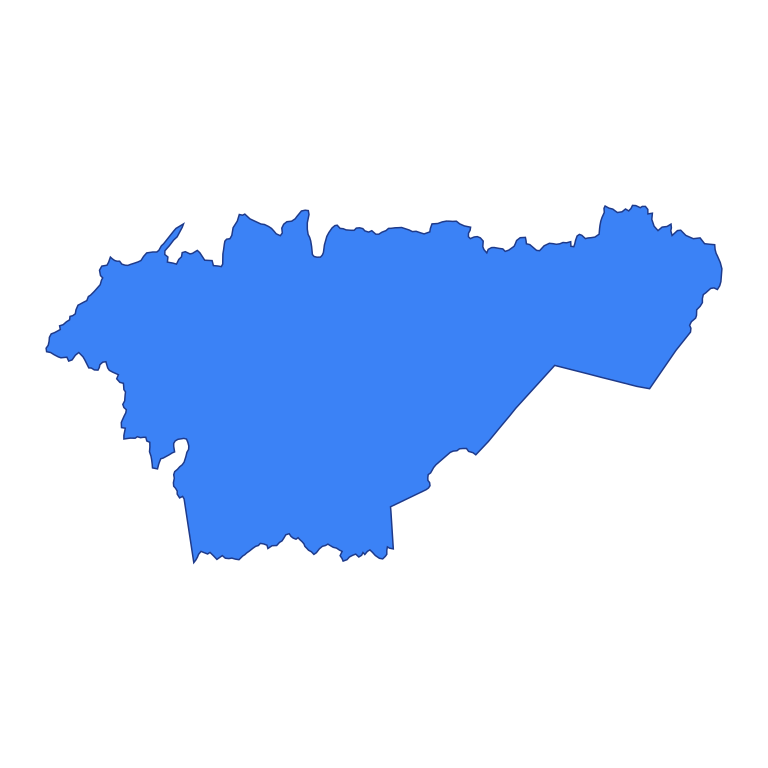 Acopiara, Ceará, Brazil (Natural Earth projection)
{"feature_id": "56859067B11934644430422", "entity_name": "Acopiara", "entity_type": "district", "adm_level": 2, "iso_a3": "BRA", "parent_name": "Brazil", "parent_adm1": "Ceará", "projection": "natural_earth1", "projection_center": [-39.533, -6.148], "detail": "fine", "context": "isolated", "style": "filled", "palette": "blue", "viewbox_px": 768, "rotation_deg": 0, "n_neighbors": 0, "source": "geoboundaries", "source_scale": "gbopen_adm2", "svg_char_len": 5876}
<svg xmlns="http://www.w3.org/2000/svg" viewBox="0 0 768 768"><path d="M721.9,268.8L720.3,262.6L717.4,255.9L716.1,253.3L715.1,249.5L714.7,244.7L709.2,244.2L704.6,243.7L700.1,237.9L693.3,238.7L685.8,235.4L680.7,230.2L677.4,230.6L672.1,235.5L670.8,230.8L671.4,227.8L671.0,224.1L667.0,226.5L662.1,227.1L658.0,230.6L654.1,226.2L651.8,219.4L652.4,213.2L647.9,213.9L647.8,209.4L645.4,206.4L642.3,206.4L640.3,207.7L635.8,205.6L632.5,205.4L631.0,208.5L628.7,210.9L625.5,209.0L622.0,211.8L617.4,212.5L615.3,211.0L612.8,209.1L608.9,208.1L605.1,206.0L604.0,208.3L604.3,212.4L602.0,217.5L600.8,221.1L600.0,225.3L599.6,228.5L599.1,234.2L594.9,237.1L590.9,237.7L587.8,238.0L585.4,238.6L581.8,235.3L579.4,234.4L577.1,236.0L575.6,240.2L574.8,243.8L573.8,246.7L570.9,246.3L570.7,241.7L566.5,242.8L563.0,242.5L559.8,243.8L556.3,244.3L553.3,243.7L549.4,243.3L544.1,245.8L539.6,250.7L536.6,250.4L531.8,246.3L529.8,244.6L526.4,243.8L526.0,240.4L525.4,237.4L520.2,237.7L516.6,240.5L515.3,243.8L514.1,246.3L508.8,250.1L505.2,251.4L502.8,248.9L499.1,248.4L494.1,247.5L491.5,247.6L488.2,249.4L486.8,252.9L484.0,249.7L482.8,246.7L483.2,241.1L480.4,237.9L477.3,236.6L474.1,237.0L470.3,238.6L468.4,236.7L468.5,233.2L470.1,230.3L470.6,227.2L467.6,226.6L464.3,225.9L459.6,223.8L456.4,221.2L452.7,221.4L450.0,221.2L446.4,221.1L442.2,221.9L437.9,223.5L432.0,223.9L430.4,228.4L429.8,231.9L424.1,233.9L420.8,232.9L416.1,231.3L412.4,231.6L409.2,230.0L401.6,227.5L398.1,227.7L395.1,227.8L391.3,228.3L388.5,228.4L386.0,230.6L381.9,232.2L378.8,234.2L375.8,234.2L371.8,230.7L368.6,232.1L364.9,230.9L362.8,228.6L359.6,227.8L356.3,228.1L354.2,230.3L351.2,230.3L346.1,229.9L343.2,228.7L340.1,228.4L337.2,225.2L334.9,225.6L332.1,227.9L328.9,232.5L326.8,236.4L324.4,245.0L324.0,248.2L323.4,252.6L322.3,255.1L320.5,257.1L317.0,257.2L314.1,256.5L312.4,254.5L311.6,246.5L310.7,240.9L309.6,237.3L308.1,234.4L307.3,229.2L307.3,222.8L309.0,214.5L308.3,210.6L305.2,210.2L301.4,211.0L296.8,216.6L295.2,218.8L291.6,221.2L286.9,221.7L283.7,224.2L281.8,228.1L282.3,233.0L280.3,235.7L276.2,233.8L273.7,230.8L271.5,228.4L268.6,226.5L264.5,224.5L260.9,224.0L250.0,218.9L244.8,214.1L242.5,215.2L239.3,214.5L237.3,221.1L233.1,227.7L231.8,235.4L229.9,238.7L226.6,239.2L224.9,241.1L224.3,244.3L223.6,249.7L222.9,254.0L222.7,264.1L221.3,266.6L217.8,266.0L213.4,265.6L212.1,260.6L204.7,260.2L199.8,252.7L197.3,250.4L192.4,253.4L190.0,253.9L185.3,251.7L182.2,252.6L181.5,256.8L178.8,259.4L176.5,264.1L172.9,263.1L167.4,262.1L167.9,257.0L164.8,254.5L164.9,250.8L167.4,247.9L169.2,245.9L173.7,240.0L177.1,236.9L182.2,227.4L183.5,223.9L176.0,228.4L173.9,230.8L163.6,243.8L161.4,245.8L158.8,250.4L156.8,252.0L152.9,252.0L146.7,252.9L143.6,256.4L141.0,260.5L138.1,261.9L134.0,263.3L130.8,264.3L127.9,265.4L125.1,265.2L121.8,264.1L119.6,261.2L117.0,261.2L114.7,260.5L112.4,258.9L110.4,257.1L108.6,262.2L107.0,265.2L101.8,266.1L99.5,270.2L100.5,275.6L102.7,277.9L101.5,280.1L100.2,284.7L94.2,291.5L90.5,295.2L88.4,296.5L86.8,300.6L83.8,302.1L78.0,305.2L76.0,309.8L75.3,313.8L72.7,315.7L70.0,316.4L69.6,319.8L66.4,321.8L63.1,324.7L59.6,325.8L60.3,329.5L54.6,332.6L51.2,333.9L49.4,337.3L49.1,341.3L48.2,345.3L46.1,348.2L46.6,351.7L50.6,352.5L54.1,354.7L58.3,356.9L60.9,357.8L66.9,357.2L68.7,361.1L72.1,359.9L75.4,355.2L78.8,352.5L83.0,356.8L84.7,359.7L88.8,367.9L91.3,368.0L94.3,369.9L98.0,370.1L99.3,367.5L99.9,364.7L102.7,362.2L105.9,361.7L106.7,364.5L107.7,367.9L109.3,370.3L112.6,372.1L118.4,374.7L116.7,378.8L119.9,382.4L123.4,383.3L123.7,386.5L123.9,389.6L125.5,391.9L125.1,395.4L124.7,400.8L122.8,404.4L123.9,407.5L126.3,409.7L125.8,412.8L124.2,415.9L122.4,419.9L121.3,422.5L121.5,427.6L125.3,428.2L123.9,435.3L123.9,439.0L130.2,438.1L135.2,438.2L137.3,436.7L140.5,437.7L143.3,437.3L145.8,437.3L146.8,441.0L149.8,442.3L149.9,447.0L149.5,451.7L151.0,456.2L151.7,460.1L152.2,464.2L152.5,467.9L157.5,468.9L158.6,464.5L159.5,461.9L160.8,458.7L163.1,458.1L169.0,454.9L172.4,452.8L174.6,451.9L173.7,446.3L173.7,443.4L175.2,440.9L178.0,439.3L183.9,438.4L186.5,439.1L187.9,442.5L188.8,446.0L188.6,449.4L186.9,452.3L185.9,456.5L184.1,462.2L182.1,464.9L179.8,466.7L177.5,469.3L174.7,471.6L173.7,474.7L174.3,478.2L173.4,482.8L173.7,486.2L175.5,488.2L177.2,491.0L177.2,494.1L179.6,497.9L182.6,496.4L184.1,498.9L193.8,562.6L195.9,559.9L197.5,557.0L198.5,554.4L201.0,551.4L207.6,554.0L210.0,552.4L213.5,555.8L216.9,559.4L222.3,555.6L225.3,558.2L228.9,558.6L231.8,558.1L235.3,559.1L239.0,559.7L242.7,556.0L244.8,554.7L246.6,553.0L249.2,551.2L253.1,548.1L255.7,546.3L258.4,545.5L260.3,543.4L263.6,543.9L267.0,545.2L267.9,548.5L272.1,545.7L276.7,545.5L279.5,542.4L282.0,540.9L283.8,538.2L285.8,534.8L289.2,533.7L291.0,536.4L293.2,538.1L296.0,539.2L298.1,537.7L299.9,539.7L302.0,541.6L303.9,543.8L304.9,546.4L306.8,548.3L308.5,550.2L311.4,551.8L313.9,554.4L316.4,552.7L319.4,548.8L322.4,546.3L325.5,545.5L327.9,544.1L330.1,545.5L333.2,547.3L336.5,548.1L339.5,550.1L342.1,551.4L340.1,555.7L342.0,558.4L343.1,561.1L347.0,559.7L349.4,557.0L352.6,555.3L355.7,554.1L358.8,557.0L361.6,555.3L363.0,552.5L364.8,554.5L367.4,551.4L369.9,549.9L372.5,552.4L375.3,555.5L379.4,558.3L382.7,558.9L385.3,556.4L386.8,554.3L386.8,550.2L387.4,546.9L389.6,548.2L393.3,548.9L390.9,511.2L390.5,506.8L426.1,489.7L428.5,488.0L430.0,485.7L429.6,482.6L427.9,480.4L427.8,477.8L428.2,474.6L430.6,472.9L432.1,470.3L433.6,467.6L435.9,464.8L450.2,452.4L453.2,451.1L457.0,450.7L459.5,448.8L462.9,448.5L466.5,448.5L468.6,451.4L473.0,452.7L475.8,454.8L488.3,441.6L496.8,431.3L499.0,428.6L509.6,415.9L515.8,408.2L554.7,365.4L588.5,374.0L601.5,377.4L612.7,380.2L636.9,386.4L649.6,388.7L659.2,374.7L676.0,350.3L690.5,332.1L690.9,328.2L689.6,325.3L691.4,321.7L695.6,318.1L696.5,315.4L696.7,309.8L700.2,306.2L702.4,302.6L702.4,298.5L703.3,294.6L705.8,292.8L708.0,290.8L710.7,288.4L714.0,287.9L717.4,289.5L719.7,285.8L720.9,281.6L721.9,268.8Z" fill="#3b82f6" stroke="#1e3a8a" stroke-width="1.5"/></svg>